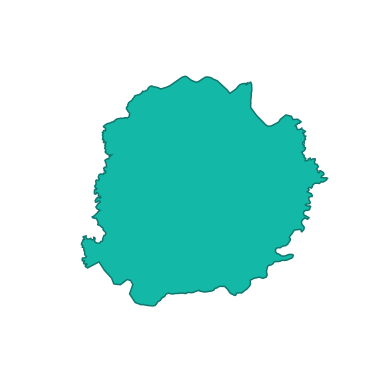 Sikasso, Sikasso, Mali (Robinson projection), rotated 239°
{"feature_id": "8926073B43266503533040", "entity_name": "Sikasso", "entity_type": "district", "adm_level": 2, "iso_a3": "MLI", "parent_name": "Mali", "parent_adm1": "Sikasso", "projection": "robinson", "projection_center": [-5.843, 11.532], "detail": "fine", "context": "isolated", "style": "filled", "palette": "teal", "viewbox_px": 384, "rotation_deg": 239, "n_neighbors": 0, "source": "geoboundaries", "source_scale": "gbopen_adm2", "svg_char_len": 6009}
<svg xmlns="http://www.w3.org/2000/svg" viewBox="0 0 384 384"><g transform="rotate(239 192 192)"><path d="M86.7,172.5L85.1,172.9L81.7,175.1L81.0,175.9L82.0,178.3L81.9,179.2L81.0,181.0L80.0,182.2L79.9,183.4L80.3,185.7L80.6,189.5L81.9,193.2L82.7,194.5L86.4,196.4L86.5,197.1L86.1,198.1L86.2,200.3L84.4,205.7L81.5,208.3L80.8,211.7L82.0,213.6L85.5,214.9L88.9,218.0L89.7,219.8L88.7,222.5L88.8,224.3L89.8,226.8L87.6,230.8L87.3,231.9L87.3,233.5L85.8,235.9L84.8,238.1L84.0,243.4L84.2,244.4L85.3,246.0L86.3,246.2L87.7,244.6L88.6,242.7L89.3,238.7L90.8,236.0L93.8,234.6L95.7,233.1L97.9,232.8L99.9,234.3L100.3,235.8L99.8,237.4L98.8,238.7L98.9,242.1L97.8,244.4L97.9,247.2L98.7,248.2L99.1,249.6L100.4,251.8L101.3,252.2L102.7,251.8L103.4,252.7L104.4,254.8L104.7,256.2L106.7,260.1L104.3,265.4L103.4,266.0L101.9,265.3L101.3,265.7L102.2,268.5L104.0,270.1L108.0,269.6L109.4,270.2L110.5,271.0L111.4,273.0L111.4,274.1L111.8,275.1L109.2,277.0L109.3,278.5L109.8,279.0L113.3,277.0L114.1,276.2L115.8,276.4L117.0,277.1L117.5,277.7L117.7,280.1L116.6,281.9L116.4,283.4L116.9,284.4L117.7,284.8L118.4,286.1L119.5,285.8L119.9,284.4L122.1,282.4L122.8,282.8L123.0,283.3L121.5,286.5L121.8,287.7L123.0,288.2L124.8,288.1L127.1,289.2L127.2,290.3L126.4,292.8L127.2,293.3L129.1,293.4L132.8,290.8L133.1,292.8L133.9,293.6L135.3,293.3L135.7,294.7L133.9,296.3L134.5,297.9L135.6,298.6L136.2,301.0L135.9,302.6L133.7,305.7L134.3,308.2L133.6,308.6L132.9,310.2L133.1,313.7L133.7,314.3L133.9,315.2L134.9,314.7L135.7,313.1L137.9,310.2L139.0,311.4L138.9,313.7L139.6,314.5L141.5,314.5L144.1,313.0L144.3,312.2L143.1,311.5L143.0,310.8L143.4,310.1L144.4,310.2L145.1,310.7L146.7,310.6L147.7,311.0L148.4,312.8L148.9,313.6L149.9,313.3L151.3,313.4L152.8,311.9L154.3,312.1L155.9,314.1L157.1,314.6L158.1,312.6L158.4,310.3L160.2,310.7L160.4,308.7L159.4,307.5L160.5,305.1L162.1,306.7L164.4,306.0L165.1,306.8L166.0,306.9L166.7,306.4L168.9,306.7L169.6,306.5L169.6,309.2L170.5,311.4L171.6,312.0L172.6,311.2L174.0,311.8L174.3,312.3L176.0,311.5L177.3,312.5L177.3,313.2L176.4,313.5L178.1,314.5L178.8,316.6L180.8,316.9L181.2,318.2L182.5,317.1L183.9,317.6L185.3,317.2L185.7,317.9L185.1,318.9L185.6,320.4L189.1,318.5L190.2,318.9L190.0,316.9L190.9,315.1L191.7,314.4L194.1,315.2L195.4,314.5L195.9,315.0L195.7,316.8L196.4,318.3L195.6,319.3L196.0,321.7L200.0,320.0L202.2,315.8L205.7,316.2L209.7,312.2L208.8,305.2L207.3,302.1L207.8,293.9L209.0,291.2L211.5,289.8L224.1,286.8L234.0,285.8L236.6,287.2L238.4,288.6L239.8,289.0L241.4,290.5L245.4,293.3L246.2,293.6L247.3,294.9L249.0,296.0L253.5,298.5L255.9,298.9L256.2,296.3L255.8,292.8L256.9,294.7L256.9,294.4L257.6,293.6L258.7,291.3L259.3,288.5L258.9,286.4L257.6,282.8L257.0,275.3L261.3,274.7L274.4,270.9L277.6,268.5L280.4,267.0L282.6,264.6L283.6,262.5L283.3,254.9L283.5,253.3L284.1,252.0L287.9,249.0L293.4,246.9L294.1,246.4L294.8,245.5L295.5,242.5L294.5,228.3L294.8,224.7L295.9,220.2L296.6,218.1L299.1,216.5L301.1,214.4L301.7,213.3L303.1,212.6L303.8,211.8L304.1,210.6L303.7,208.4L302.5,206.2L302.6,203.9L303.1,202.0L303.7,201.8L302.5,198.3L302.7,197.9L302.8,196.3L303.2,195.5L303.5,193.4L303.9,193.0L303.8,192.3L302.8,190.9L302.4,189.3L301.6,188.0L301.2,183.8L299.9,182.0L298.6,181.1L298.4,179.6L297.0,178.6L295.9,178.8L293.8,178.7L291.6,179.2L290.8,178.7L290.8,178.3L289.0,177.1L288.7,174.6L289.7,173.7L290.4,172.3L290.6,170.8L291.7,169.4L293.3,165.3L293.1,162.4L292.5,161.0L293.2,159.6L293.4,156.9L294.1,155.2L294.3,152.5L293.9,151.2L294.0,150.1L293.5,149.7L292.4,150.1L291.5,150.8L290.0,150.2L289.0,149.3L290.0,148.6L290.1,147.8L289.6,147.5L289.1,145.8L287.9,146.1L286.9,144.5L285.2,144.3L283.4,142.5L282.8,143.2L281.9,143.1L281.6,142.5L280.9,143.0L280.3,141.8L279.8,141.8L278.9,143.6L278.6,142.7L277.6,142.8L277.4,142.0L276.6,141.1L275.5,141.3L274.8,140.0L274.2,139.7L273.4,140.1L272.7,139.5L271.5,139.2L270.9,138.8L271.0,138.2L269.9,138.3L266.5,139.7L265.2,142.4L264.7,140.6L264.9,139.3L263.3,137.7L264.1,136.4L264.0,133.7L262.8,133.5L262.1,133.1L260.4,133.1L257.6,131.6L258.2,129.4L257.7,128.4L256.1,128.2L255.3,127.6L254.5,127.9L254.4,128.6L253.5,128.3L252.8,127.3L253.6,125.9L252.9,124.9L254.5,123.1L254.7,121.5L253.6,119.9L252.4,119.0L250.9,119.3L250.1,118.6L250.6,117.3L251.5,116.3L251.1,115.2L248.0,113.8L247.4,111.9L246.7,111.5L245.7,111.4L243.9,112.2L243.5,111.5L244.0,110.6L243.9,109.4L240.8,107.5L239.9,108.0L239.8,109.1L240.5,110.0L240.4,110.4L239.4,110.8L238.1,110.6L237.1,109.9L235.8,110.9L234.3,111.2L234.1,110.1L234.5,110.1L235.9,108.8L235.7,106.9L234.5,104.6L232.9,104.1L232.3,105.4L232.6,106.4L232.2,108.2L230.6,108.1L230.5,106.0L228.7,102.0L228.1,101.8L226.2,102.1L223.7,103.7L223.5,101.4L222.9,100.3L221.8,95.3L222.2,93.8L221.2,93.5L219.4,95.2L218.8,96.2L218.0,96.5L213.9,95.8L212.7,94.4L212.0,94.6L210.8,95.8L208.7,96.3L207.6,97.0L207.0,97.1L205.2,96.3L201.6,97.2L199.8,95.7L200.0,94.0L197.6,91.1L196.5,90.4L196.0,89.4L196.5,88.5L195.8,86.4L196.8,84.5L199.0,83.2L200.0,83.1L202.1,85.0L202.8,85.1L203.8,84.6L203.7,84.3L202.4,83.6L202.0,82.7L202.1,82.2L203.0,81.4L204.4,81.4L205.1,78.2L207.2,77.7L207.9,77.8L208.9,78.6L209.7,75.7L209.2,75.4L207.9,75.6L206.8,75.4L207.2,74.1L205.8,72.6L205.1,71.1L203.7,70.1L202.5,70.8L201.1,69.5L200.2,70.4L199.5,70.4L197.6,69.2L196.5,69.4L193.7,67.8L191.1,68.2L190.6,66.5L191.8,64.2L191.1,63.3L189.6,62.6L189.2,62.8L188.6,64.4L188.1,64.3L187.1,62.6L186.6,62.4L185.9,62.5L184.9,64.3L184.5,64.8L184.0,64.6L183.7,64.0L184.0,63.0L183.6,62.4L182.7,62.3L180.7,63.4L180.0,76.3L170.1,76.6L159.7,78.7L153.4,77.7L149.4,82.9L150.4,91.3L147.8,93.8L143.1,93.6L136.8,86.0L126.5,86.4L121.6,90.3L120.7,92.3L120.1,92.6L120.0,92.9L117.7,95.4L114.5,99.8L113.8,101.8L114.2,103.4L115.6,106.3L115.4,108.8L116.9,112.4L116.5,113.8L116.8,115.3L117.9,117.1L117.4,119.8L115.3,121.8L114.0,123.9L113.5,125.8L112.6,127.1L110.4,131.6L108.3,134.1L108.0,135.6L108.2,136.6L106.2,139.3L105.2,141.4L105.0,143.6L104.1,147.4L103.0,147.7L99.7,151.4L97.3,157.1L96.7,159.4L96.9,160.7L97.6,162.0L96.9,164.1L97.1,166.2L96.6,167.6L94.2,171.4L90.4,172.4L86.7,172.5Z" fill="#14b8a6" stroke="#0f766e" stroke-width="1.5"/></g></svg>